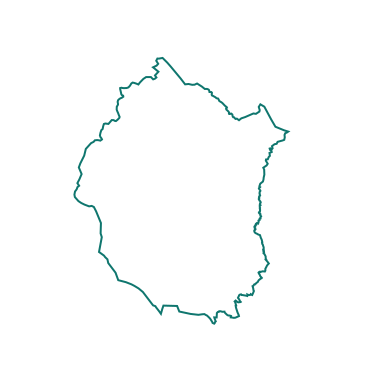 the district of Rogo, Kano, Nigeria, rotated 321°
{"feature_id": "59680162B53174064204838", "entity_name": "Rogo", "entity_type": "district", "adm_level": 2, "iso_a3": "NGA", "parent_name": "Nigeria", "parent_adm1": "Kano", "projection": "equal_earth", "projection_center": [7.869, 11.51], "detail": "fine", "context": "isolated", "style": "outline", "palette": "teal", "viewbox_px": 384, "rotation_deg": 321, "n_neighbors": 0, "source": "geoboundaries", "source_scale": "gbopen_adm2", "svg_char_len": 5967}
<svg xmlns="http://www.w3.org/2000/svg" viewBox="0 0 384 384"><g transform="rotate(321 192 192)"><path d="M160.7,308.1L160.6,306.7L160.8,306.3L161.1,305.0L161.1,303.2L163.2,302.2L163.4,302.0L164.3,301.8L165.7,302.4L165.7,303.2L165.9,303.3L168.8,306.6L169.5,307.6L170.4,307.0L170.6,306.6L171.2,307.8L171.4,308.0L172.5,308.5L173.1,309.0L173.1,308.8L173.4,308.5L174.0,309.9L176.4,308.7L177.2,308.2L177.8,307.9L178.0,306.9L178.3,306.5L178.7,305.7L178.9,305.5L179.8,303.3L180.6,303.5L182.1,303.0L182.5,303.2L182.7,303.4L183.2,303.2L184.2,303.4L184.7,303.2L186.6,303.3L187.8,302.7L188.2,302.6L188.9,302.5L189.9,302.6L190.1,302.5L190.9,302.5L191.7,302.8L192.2,302.7L192.2,301.7L192.1,301.2L192.1,300.4L192.3,299.8L192.5,299.3L192.6,298.1L192.8,297.0L193.0,296.5L193.5,296.5L193.9,296.7L194.0,296.5L194.4,296.6L194.3,297.0L194.6,297.0L194.8,297.3L195.1,297.3L197.0,298.1L197.8,298.9L198.5,299.3L198.6,299.6L199.3,299.4L199.8,299.0L200.6,297.9L204.2,296.3L206.7,295.9L206.8,293.5L206.7,291.0L207.2,291.1L207.4,290.1L207.7,289.7L208.7,288.4L209.0,287.0L209.2,286.1L209.2,285.6L209.0,284.7L209.4,284.4L210.5,282.5L210.7,283.2L211.4,282.1L211.7,281.5L212.6,280.5L213.0,279.8L213.2,279.1L214.0,277.2L213.9,276.6L214.7,275.2L215.1,275.2L216.2,272.8L216.7,270.7L217.1,269.8L217.5,268.8L217.7,268.3L217.1,267.4L216.8,266.7L216.5,266.3L216.3,265.5L215.5,263.9L215.4,263.1L215.5,262.1L216.0,261.3L216.3,261.3L216.5,261.1L216.8,261.2L217.1,261.1L217.1,260.9L217.3,260.7L217.6,260.7L217.7,261.0L217.8,261.0L218.3,260.1L218.2,260.0L218.2,259.7L218.1,259.1L218.4,258.8L218.9,258.6L218.8,258.2L219.0,258.1L219.6,258.4L219.9,257.9L220.1,257.7L220.3,257.8L220.7,257.7L220.8,257.9L221.0,257.9L221.0,257.6L221.5,257.3L221.9,257.4L221.9,257.0L222.3,257.0L223.0,257.3L223.1,257.2L223.5,257.7L223.9,257.5L224.0,257.6L224.0,257.8L224.4,257.5L225.0,257.2L225.7,256.0L225.8,256.0L226.0,256.3L226.5,256.0L227.1,256.2L227.3,255.7L227.8,255.2L228.2,255.2L228.7,255.6L228.9,255.4L229.0,255.0L229.8,254.5L230.4,254.5L230.5,254.3L230.4,253.8L230.3,253.5L230.4,253.1L231.2,252.3L231.2,252.0L231.2,251.5L230.9,251.4L230.9,251.2L230.9,250.9L230.9,250.5L231.1,250.5L231.3,250.7L231.3,250.2L231.4,249.9L231.6,249.9L231.8,250.2L232.7,249.8L233.3,249.2L233.4,248.8L234.1,248.2L234.2,247.6L234.9,247.2L235.0,246.6L235.5,245.9L236.1,245.5L236.2,245.2L236.9,245.4L237.0,245.2L236.8,244.6L237.0,244.2L238.2,243.4L238.7,243.5L239.1,242.8L239.2,241.9L239.0,241.0L239.6,239.9L239.4,239.6L239.5,239.4L240.5,239.1L240.7,238.8L240.6,238.5L240.7,238.2L241.5,237.7L241.9,237.8L242.7,237.6L242.8,236.9L243.1,236.7L243.4,236.4L243.4,235.9L243.8,235.3L244.7,234.5L245.2,234.5L245.5,234.4L246.0,234.0L246.1,233.4L246.0,232.9L246.0,232.3L246.3,231.2L246.8,231.1L247.4,231.1L247.6,231.2L248.0,231.1L247.9,230.8L247.7,230.4L247.9,230.0L250.3,228.5L253.7,228.5L255.4,227.3L256.9,225.8L259.1,224.1L262.2,220.0L262.7,218.0L266.7,218.3L268.6,217.7L269.1,214.1L270.0,213.3L271.5,214.3L273.6,213.1L275.3,212.9L276.8,210.4L279.1,211.1L279.6,210.1L279.2,208.4L279.7,207.1L280.3,207.3L280.9,209.0L282.1,208.8L283.0,206.7L286.2,206.8L288.1,207.8L290.1,206.9L294.9,209.0L296.5,209.5L298.5,207.9L299.8,205.9L301.4,205.0L303.3,205.5L304.8,205.6L302.4,202.0L297.9,193.8L299.2,185.4L301.9,171.2L300.3,166.9L297.4,167.9L296.2,170.9L295.0,171.9L290.9,171.5L289.1,169.6L280.4,167.2L276.7,165.8L273.7,165.8L273.0,163.2L271.8,162.6L271.7,161.8L271.7,160.9L271.6,160.2L271.1,159.8L271.1,159.1L271.5,158.2L272.1,157.2L271.9,155.8L271.6,155.5L270.6,155.3L270.0,154.8L270.2,154.1L270.8,153.5L271.0,152.5L270.6,149.6L270.9,148.7L271.3,148.4L272.2,148.5L272.4,147.8L271.9,145.8L271.6,141.9L271.3,140.7L270.9,139.7L270.5,138.3L270.9,137.0L271.1,135.8L270.0,134.5L269.9,133.3L268.8,130.5L268.3,129.6L268.5,128.8L269.2,128.2L270.0,127.3L269.9,126.5L268.5,125.3L269.1,124.2L269.4,123.1L269.1,122.3L268.5,121.3L266.8,120.0L266.0,116.2L264.2,110.9L261.5,110.2L259.6,108.8L257.3,105.9L254.4,104.0L254.6,96.6L254.4,81.1L254.2,75.9L253.5,69.3L250.2,67.5L249.1,66.5L246.8,67.5L246.4,71.1L244.0,71.5L240.2,70.6L241.6,77.4L236.6,78.1L236.4,80.6L234.4,80.6L232.7,80.0L232.4,76.8L230.5,75.3L228.7,73.8L225.4,73.5L220.5,74.1L218.0,74.7L217.1,73.0L215.7,70.8L214.7,69.6L213.1,69.5L210.6,70.4L208.4,70.7L206.7,70.1L204.4,68.4L203.4,67.4L202.8,66.6L201.6,66.0L201.0,66.7L199.3,70.2L198.6,71.5L198.5,72.6L199.1,73.8L198.6,74.7L196.8,74.6L195.2,74.1L193.5,74.0L192.2,74.2L190.9,75.2L190.1,76.7L189.5,77.5L187.2,78.4L185.3,80.6L184.7,82.4L184.3,84.0L183.6,86.0L183.0,88.1L182.1,88.7L179.6,89.0L177.5,89.0L176.8,88.2L176.3,86.8L174.9,85.6L169.9,86.5L167.7,84.2L166.3,83.7L165.7,84.1L164.1,85.2L162.2,86.8L160.4,86.9L158.1,88.4L156.0,90.1L155.4,91.8L155.4,93.4L155.1,94.5L153.1,94.4L152.0,93.0L150.9,91.9L149.0,90.7L147.1,91.1L144.3,90.5L136.6,91.7L131.1,95.9L123.2,99.5L119.5,101.7L117.5,108.6L112.4,111.3L108.5,113.0L108.2,116.1L106.1,116.1L104.1,117.3L101.4,118.0L99.0,120.0L97.8,122.2L98.0,127.6L99.0,130.8L100.5,134.1L103.0,138.4L105.3,139.7L106.3,141.9L105.3,146.7L101.7,158.8L94.9,166.7L93.5,170.3L82.0,180.1L83.6,186.1L83.5,187.9L83.9,191.1L82.2,194.5L81.8,206.6L79.2,214.1L83.9,220.5L86.8,225.6L88.1,228.6L89.8,233.3L90.9,238.8L90.4,255.6L91.7,257.7L91.5,258.8L91.4,263.9L91.2,267.1L95.3,264.2L98.3,262.3L108.7,271.2L106.9,276.9L114.1,285.8L119.7,291.5L122.9,293.4L124.8,294.7L125.3,296.2L125.9,297.4L126.2,299.6L126.4,301.8L125.9,305.9L125.6,306.7L126.4,308.3L127.1,308.2L127.5,307.9L128.5,307.4L129.0,307.5L129.9,304.7L130.4,303.5L132.2,305.0L135.2,301.7L136.6,301.5L137.0,301.8L137.4,302.0L138.1,301.8L138.3,302.2L138.8,302.4L139.2,302.7L140.1,304.1L141.9,305.4L141.7,305.7L141.7,306.1L141.6,306.6L141.9,309.3L142.2,310.3L142.5,310.8L143.5,311.7L144.3,312.9L143.2,313.8L143.9,314.5L145.4,316.2L146.7,317.0L150.4,318.0L150.9,316.9L151.6,314.2L153.2,310.1L153.6,309.2L154.4,307.8L154.9,308.0L156.0,305.3L156.3,304.4L156.3,303.9L157.6,303.8L158.1,306.1L158.3,306.5L159.0,307.3L159.8,307.5L160.5,308.1L160.7,308.1Z" fill="none" stroke="#0f766e" stroke-width="2"/></g></svg>